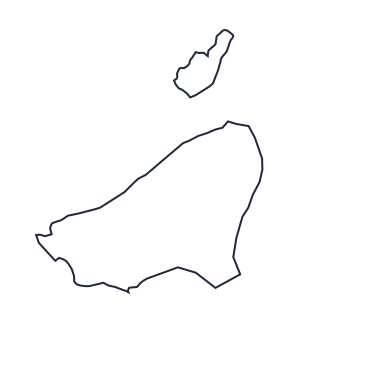 the district of Onuimo, Imo, Nigeria, rotated 41°
{"feature_id": "59680162B32871052171758", "entity_name": "Onuimo", "entity_type": "district", "adm_level": 2, "iso_a3": "NGA", "parent_name": "Nigeria", "parent_adm1": "Imo", "projection": "mercator", "projection_center": [7.204, 5.79], "detail": "fine", "context": "isolated", "style": "outline", "palette": "slate", "viewbox_px": 384, "rotation_deg": 41, "n_neighbors": 0, "source": "geoboundaries", "source_scale": "gbopen_adm2", "svg_char_len": 2148}
<svg xmlns="http://www.w3.org/2000/svg" viewBox="0 0 384 384"><g transform="rotate(41 192 192)"><path d="M191.5,105.1L180.7,111.6L172.9,115.1L172.8,123.6L168.6,129.6L164.9,137.3L159.9,145.7L156.1,155.4L153.2,161.0L149.1,187.7L145.9,209.2L142.6,217.6L142.0,224.0L141.1,236.3L132.9,264.2L130.4,268.2L120.5,282.6L113.9,291.3L113.4,293.2L112.2,297.7L111.4,299.7L108.9,303.7L107.0,307.2L107.3,309.4L108.3,311.8L109.6,313.2L111.0,314.1L113.8,316.1L110.1,321.7L105.2,324.0L102.6,326.8L109.9,330.9L133.9,333.6L135.0,328.8L139.3,327.2L142.2,326.7L146.1,327.3L151.9,329.1L158.1,332.8L161.9,336.9L165.6,337.3L169.1,335.8L173.6,332.8L176.2,330.4L179.7,325.6L184.7,318.6L187.8,318.0L190.7,317.2L196.5,314.0L204.6,311.1L206.9,310.0L209.8,309.4L208.6,308.7L207.8,307.0L207.4,305.5L212.8,299.7L212.9,293.7L213.6,290.5L214.9,286.8L230.8,258.1L247.8,250.4L272.6,249.0L282.4,222.5L265.9,214.1L255.7,197.7L246.3,177.6L244.8,167.0L239.8,154.4L236.4,140.1L230.5,129.0L223.0,120.8L204.1,109.9L191.5,105.1ZM105.3,119.7L107.6,120.8L108.8,121.4L113.1,122.3L114.3,122.3L117.6,121.3L119.0,121.1L120.9,121.2L123.1,120.9L128.6,121.8L131.2,116.6L133.2,110.1L136.0,100.7L136.5,96.1L131.5,82.2L130.4,80.2L129.4,78.1L128.6,76.1L127.8,74.6L127.0,73.5L126.6,72.6L126.1,70.6L126.1,65.1L126.0,63.2L124.7,59.9L123.7,57.5L122.6,54.9L121.8,52.7L121.5,51.5L121.6,49.9L121.3,48.7L121.0,47.5L120.3,46.7L117.8,46.7L114.5,46.8L112.7,47.1L110.4,48.2L109.6,49.6L109.2,50.7L109.2,52.1L109.0,53.0L109.1,54.2L108.8,56.0L108.5,57.3L108.9,59.2L109.6,60.1L110.5,61.3L111.0,62.3L111.6,63.2L112.4,64.2L112.7,65.1L112.7,66.6L112.4,68.6L112.0,70.2L112.1,71.4L111.8,72.8L111.6,73.8L111.7,74.6L112.4,75.6L113.0,76.8L113.7,77.7L114.0,78.3L114.4,78.8L114.7,79.1L114.2,79.2L112.8,79.2L112.0,79.2L110.9,79.1L110.2,79.1L109.7,79.1L109.2,79.6L108.5,80.1L107.8,80.8L107.0,81.5L106.6,82.1L102.9,84.3L103.5,86.3L103.5,87.5L104.0,90.4L104.0,92.7L104.5,94.7L105.5,96.2L105.9,97.8L105.8,100.0L105.1,102.6L104.7,103.8L103.5,104.5L102.5,105.5L101.9,106.3L101.6,107.1L101.7,108.1L102.1,109.6L103.0,112.4L103.7,113.3L105.0,114.2L105.4,114.9L106.0,116.6L105.3,119.7Z" fill="none" stroke="#1e293b" stroke-width="2"/></g></svg>